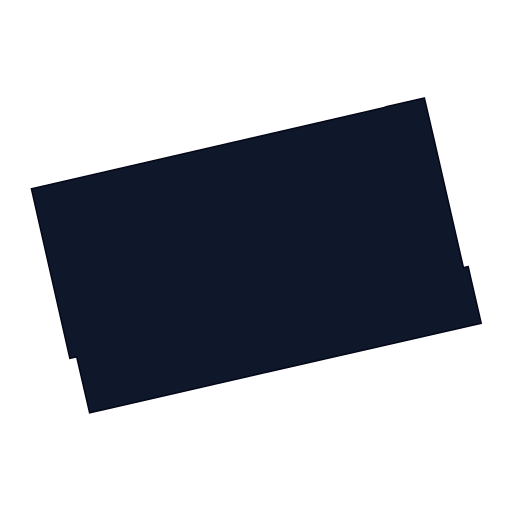 Custer, Oklahoma, United States of America (Mercator projection), rotated 347°
{"feature_id": "52423323B24972944108066", "entity_name": "Custer", "entity_type": "district", "adm_level": 2, "iso_a3": "USA", "parent_name": "United States of America", "parent_adm1": "Oklahoma", "projection": "mercator", "projection_center": [-98.896, 35.638], "detail": "fine", "context": "isolated", "style": "filled", "palette": "ink", "viewbox_px": 512, "rotation_deg": 347, "n_neighbors": 0, "source": "geoboundaries", "source_scale": "gbopen_adm2", "svg_char_len": 358}
<svg xmlns="http://www.w3.org/2000/svg" viewBox="0 0 512 512"><g transform="rotate(347 256 256)"><path d="M455.6,139.9L417.3,139.8L413.8,140.2L52.3,140.0L51.6,313.9L58.6,313.9L58.6,342.5L58.6,371.4L231.0,371.6L460.3,372.2L460.3,324.2L460.4,314.0L455.5,314.0L455.5,304.4L455.7,185.1L455.6,139.9Z" fill="#0f172a" stroke="#020617" stroke-width="1.5"/></g></svg>